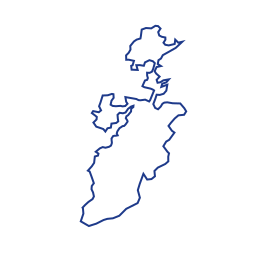 Muan-gun, South Jeolla, South Korea, rotated 45°
{"feature_id": "91817680B20286966250971", "entity_name": "Muan-gun", "entity_type": "district", "adm_level": 2, "iso_a3": "KOR", "parent_name": "South Korea", "parent_adm1": "South Jeolla", "projection": "equal_earth", "projection_center": [126.385, 34.959], "detail": "fine", "context": "isolated", "style": "outline", "palette": "blue", "viewbox_px": 256, "rotation_deg": 45, "n_neighbors": 0, "source": "geoboundaries", "source_scale": "gbopen_adm2", "svg_char_len": 2709}
<svg xmlns="http://www.w3.org/2000/svg" viewBox="0 0 256 256"><g transform="rotate(45 128 128)"><path d="M180.1,123.1L176.7,119.8L174.9,116.9L172.6,116.9L165.9,115.9L164.6,110.6L165.5,107.2L164.1,98.4L161.0,98.9L155.2,97.9L154.7,94.1L154.3,88.2L154.7,83.4L158.3,79.0L157.4,75.1L153.8,74.2L147.6,73.7L142.1,78.9L137.6,82.1L135.7,84.4L135.2,86.5L136.0,89.7L136.0,93.5L133.0,94.6L129.0,93.2L126.6,87.9L124.7,84.2L127.1,82.1L129.0,78.6L128.7,74.5L125.2,69.6L122.5,75.4L120.9,72.5L122.8,68.7L122.5,64.7L119.3,69.3L118.5,72.8L116.9,75.1L114.2,73.7L114.0,69.3L109.4,69.6L106.7,69.0L105.1,64.7L107.5,60.9L103.8,61.7L101.6,58.5L102.2,55.6L101.1,51.9L102.7,46.3L105.1,37.6L105.4,28.6L103.2,32.1L98.9,32.1L101.6,35.6L98.4,40.8L95.5,42.8L92.8,42.6L92.0,39.1L90.4,37.6L87.4,39.6L84.7,40.5L81.5,38.8L80.7,34.7L77.2,34.7L75.1,36.4L74.0,41.1L70.0,44.6L68.1,48.7L72.1,53.9L73.5,55.9L71.6,59.4L71.0,62.6L71.6,68.4L74.3,70.8L75.3,74.3L75.3,78.0L78.3,80.8L78.5,81.0L80.2,79.2L84.7,76.3L86.9,80.4L86.3,81.8L89.3,84.2L93.8,80.1L89.5,77.7L92.0,75.1L95.2,72.8L93.6,69.6L95.2,64.9L98.4,63.2L101.1,63.2L104.0,68.4L105.1,71.3L104.3,73.7L102.4,75.4L104.6,77.5L106.7,78.6L107.5,80.4L106.4,82.4L108.6,88.2L110.7,87.6L116.1,84.2L118.3,83.3L119.9,83.0L123.9,92.6L124.2,94.3L120.1,95.8L117.2,99.6L115.8,100.8L113.4,101.6L104.3,108.0L108.1,110.7L110.5,111.2L110.5,114.4L108.9,116.5L107.0,117.7L104.0,121.2L101.6,123.2L99.2,123.8L97.0,120.3L96.5,116.8L93.8,114.4L92.5,115.3L90.6,119.1L88.7,121.2L87.1,122.9L90.6,129.6L92.2,133.1L96.5,134.6L96.2,137.5L91.4,140.7L91.9,143.0L96.0,142.4L98.1,142.2L99.7,144.2L99.7,148.6L104.6,149.5L109.4,147.1L111.3,146.2L114.5,146.5L113.7,142.7L115.6,139.8L113.2,136.6L116.1,132.8L116.4,130.2L114.0,128.4L111.3,126.1L111.3,123.2L114.0,121.2L115.3,118.8L114.5,114.4L115.0,110.7L116.1,108.4L117.0,109.5L116.6,112.0L117.7,113.3L118.5,114.2L118.8,117.2L119.0,118.9L118.6,120.8L119.5,122.6L122.3,123.2L123.2,123.8L123.8,127.4L123.8,129.3L122.8,130.6L122.5,132.4L122.1,134.1L122.6,136.7L122.9,138.0L123.9,139.8L125.9,140.5L124.9,142.0L124.0,142.9L123.2,144.2L123.8,147.1L125.6,148.7L126.7,149.5L127.5,150.5L128.4,152.5L127.9,154.7L126.0,157.9L123.6,159.4L122.5,162.3L122.0,167.6L125.2,167.0L126.3,168.7L124.7,171.6L127.1,174.6L128.7,176.6L129.5,180.7L129.8,186.5L131.7,185.9L137.1,188.4L142.9,191.2L143.4,194.6L145.5,197.1L148.9,198.3L152.3,200.5L153.2,203.3L152.3,208.3L152.1,212.9L152.2,216.5L153.0,216.7L157.0,220.1L160.6,227.4L169.6,225.0L173.2,218.1L175.8,210.3L177.6,206.9L181.2,202.5L183.9,196.2L183.9,186.4L187.9,174.3L185.7,168.9L178.9,165.0L175.8,159.2L171.3,149.5L178.0,150.9L180.7,147.5L181.2,143.1L177.1,139.7L177.1,134.9L179.8,127.1L180.1,123.1Z" fill="none" stroke="#1e3a8a" stroke-width="2"/></g></svg>